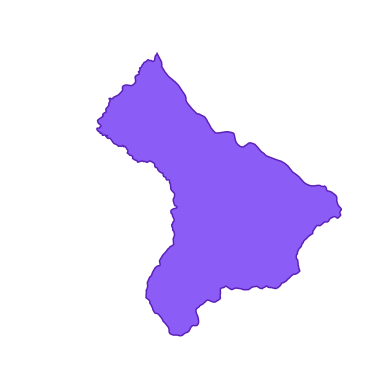 Olaya, Antioquia, Colombia, rotated 140°
{"feature_id": "7082276B51610426990427", "entity_name": "Olaya", "entity_type": "district", "adm_level": 2, "iso_a3": "COL", "parent_name": "Colombia", "parent_adm1": "Antioquia", "projection": "albers", "projection_center": [-75.768, 6.602], "detail": "fine", "context": "isolated", "style": "filled", "palette": "violet", "viewbox_px": 384, "rotation_deg": 140, "n_neighbors": 0, "source": "geoboundaries", "source_scale": "gbopen_adm2", "svg_char_len": 5979}
<svg xmlns="http://www.w3.org/2000/svg" viewBox="0 0 384 384"><g transform="rotate(140 192 192)"><path d="M298.2,123.0L297.0,121.5L296.3,120.3L296.3,115.8L296.7,113.0L297.2,111.5L296.9,109.2L297.0,104.0L297.4,102.6L298.1,101.1L298.9,100.3L299.7,99.0L299.9,97.8L299.1,95.8L298.2,94.4L295.4,92.0L294.8,91.3L294.4,90.5L293.0,89.1L291.9,88.6L291.3,88.4L289.0,88.5L287.8,88.3L286.8,88.0L286.0,87.5L283.6,87.4L279.8,89.1L277.6,89.3L277.1,89.2L276.6,88.8L276.3,88.3L274.7,87.0L273.7,86.6L271.9,87.0L270.9,87.8L269.9,88.9L268.4,91.2L267.6,92.9L266.7,95.9L266.0,97.6L264.6,99.2L263.6,99.7L260.4,99.5L259.0,99.9L255.8,99.2L250.4,99.5L249.5,99.2L248.7,98.2L246.9,94.7L245.4,93.0L243.8,92.6L239.9,92.1L239.4,92.1L238.4,92.5L237.1,94.6L235.3,96.1L234.5,97.2L232.7,99.3L232.1,99.6L230.7,99.4L229.2,98.4L227.0,98.2L226.3,97.7L225.0,93.0L224.2,91.6L220.5,90.5L219.7,89.8L216.4,86.1L215.8,84.7L214.7,83.4L211.3,80.8L207.6,80.5L206.2,80.1L203.5,78.4L202.6,77.8L202.5,76.7L201.5,74.1L200.2,72.8L198.6,72.8L197.7,72.4L196.1,72.2L195.1,71.9L195.0,70.6L194.8,70.0L194.0,68.9L193.2,68.5L190.3,64.6L189.5,64.0L187.7,63.5L185.0,63.5L183.4,63.9L182.1,64.4L181.4,64.4L180.3,63.8L179.5,63.6L177.1,63.3L174.3,63.6L172.0,63.6L170.4,63.9L168.0,63.9L166.6,63.4L165.5,62.6L164.4,62.2L162.6,62.0L160.4,62.1L160.0,62.5L159.3,64.6L157.5,68.0L157.0,68.6L154.8,71.9L154.8,73.6L154.1,74.9L153.3,76.0L152.8,76.4L152.0,76.7L151.0,76.9L149.6,78.4L148.2,78.9L146.6,79.7L144.1,79.9L143.2,80.2L141.2,81.4L140.4,81.7L139.7,81.6L138.2,82.5L137.7,82.6L136.6,82.8L134.0,82.7L133.2,83.0L131.1,83.1L128.5,82.9L126.3,82.6L126.0,82.8L125.1,83.9L124.5,84.3L118.2,86.1L117.6,85.9L115.6,83.9L114.1,83.8L110.8,83.9L109.9,83.8L109.0,83.4L107.5,82.0L106.2,81.9L104.6,82.6L102.8,82.9L101.8,82.5L99.6,82.1L98.3,81.3L98.0,80.8L97.5,78.6L97.1,78.3L94.9,78.3L93.1,78.6L92.5,79.8L92.3,80.7L92.0,81.2L91.2,81.9L89.1,82.4L88.4,83.4L88.6,86.8L88.3,88.7L86.8,92.2L84.7,94.6L84.1,96.0L84.2,97.9L85.2,102.3L86.4,104.5L87.6,105.7L87.6,106.9L86.6,108.8L86.4,109.8L86.5,111.2L87.2,111.4L87.9,111.8L89.5,113.7L89.8,114.8L90.5,115.5L91.8,116.5L95.1,118.6L96.7,120.1L97.6,121.3L98.7,123.3L99.7,125.7L100.1,127.9L100.3,134.9L100.7,137.4L102.1,142.8L101.8,150.1L102.4,153.8L103.9,158.2L106.2,161.8L111.7,171.6L112.1,173.5L112.1,175.1L113.0,178.6L113.0,184.4L113.2,188.0L113.5,188.7L114.8,191.0L115.8,192.3L116.5,192.7L117.2,193.0L120.5,193.1L121.8,193.4L123.6,193.4L124.9,194.6L125.6,195.7L126.0,196.7L126.4,199.2L126.3,201.4L125.7,203.3L122.5,209.4L122.5,210.5L123.9,212.8L126.0,215.3L127.0,216.1L134.4,220.6L135.6,221.9L136.1,222.8L136.3,225.1L136.2,228.7L135.1,233.9L135.0,235.4L134.4,237.4L134.0,240.8L134.2,241.9L136.5,247.2L137.9,248.7L138.5,255.3L138.5,259.2L138.4,263.1L138.2,264.7L137.4,266.6L136.4,267.6L135.2,270.0L134.9,272.0L134.7,274.6L133.8,282.4L134.1,286.8L135.7,295.7L135.5,301.9L134.4,308.0L133.3,308.8L131.7,311.4L129.7,320.6L130.8,320.1L132.6,319.8L134.5,318.4L135.5,317.3L136.6,316.8L137.6,316.9L138.0,317.1L138.8,319.0L140.0,320.0L140.5,321.3L140.8,321.6L141.8,321.7L143.5,321.4L144.7,321.9L145.6,322.0L146.9,321.5L148.3,321.3L150.7,320.2L152.3,320.6L152.8,320.2L152.8,319.7L152.9,319.3L153.4,318.9L154.5,318.3L155.6,318.6L155.9,318.2L155.9,317.1L156.2,316.6L157.2,316.4L159.1,317.0L161.0,317.0L161.9,316.4L163.4,313.9L164.5,312.6L165.4,312.2L167.4,312.0L168.3,312.0L170.1,312.4L173.1,315.8L174.2,316.7L176.1,317.4L176.7,317.4L177.7,317.1L178.5,316.4L179.0,315.3L179.8,314.7L180.4,314.4L182.4,314.0L186.3,313.7L191.1,314.9L192.1,314.8L192.9,314.5L193.6,315.0L194.5,316.4L195.2,316.8L195.6,316.7L195.7,316.3L195.7,315.2L196.3,314.4L198.5,313.5L200.1,311.8L202.1,311.3L203.8,311.2L204.6,310.9L205.2,310.3L206.3,308.5L209.6,309.1L209.9,308.7L210.8,308.5L211.1,308.1L211.1,307.5L211.5,307.2L217.6,307.7L218.7,307.2L219.5,305.0L219.5,304.2L219.2,303.6L219.1,301.6L219.2,301.1L219.6,300.7L220.9,301.0L221.6,300.6L222.0,300.6L223.5,301.8L223.9,301.8L224.3,301.5L224.8,300.4L224.7,298.7L224.1,297.2L224.5,296.4L224.5,295.9L224.3,295.6L223.7,295.4L223.4,294.8L224.1,293.0L223.5,292.4L221.8,291.6L221.7,290.7L222.2,290.0L222.2,289.7L220.8,289.5L222.0,288.5L222.2,287.9L222.0,287.2L220.9,286.4L220.3,285.7L220.3,283.1L220.6,281.1L220.6,279.3L219.1,276.4L218.9,274.2L218.5,273.9L217.9,273.8L216.9,272.5L216.4,272.1L215.1,272.2L214.9,271.7L215.2,271.2L215.2,270.7L214.9,270.3L214.2,270.1L214.0,269.6L213.9,268.2L214.3,267.1L214.3,265.1L215.4,264.0L216.3,263.7L216.5,263.1L216.0,261.6L216.1,260.4L214.8,258.6L214.8,256.9L216.0,255.8L215.2,253.9L215.2,253.1L214.6,252.6L214.2,251.6L214.1,250.8L214.4,250.1L214.4,249.8L214.0,249.4L211.9,248.7L210.0,247.6L209.4,246.2L208.6,245.8L208.2,245.4L207.6,243.8L205.5,243.1L204.8,243.1L204.2,242.6L203.5,241.5L203.3,240.5L202.6,238.9L202.7,237.4L203.8,235.9L204.2,234.7L204.1,234.2L203.3,233.1L203.2,232.7L204.0,230.2L203.7,228.0L203.1,226.2L202.3,225.3L202.2,225.1L202.4,224.6L203.4,223.2L203.7,222.4L203.5,221.5L202.7,220.2L202.8,219.7L203.6,218.4L203.6,217.4L201.9,216.2L201.8,215.5L202.0,215.0L203.0,213.9L203.6,211.7L206.4,207.7L206.6,206.0L206.4,202.5L206.6,201.6L207.1,201.0L207.8,200.5L208.7,199.4L210.4,198.9L211.0,198.5L212.1,197.2L213.9,192.8L213.1,191.0L213.2,190.2L213.5,189.9L214.4,189.8L216.4,190.8L218.1,191.3L219.7,191.4L220.4,191.0L221.6,189.2L221.6,188.5L221.3,187.9L222.4,185.9L223.1,183.0L223.7,181.8L224.2,181.5L225.8,181.2L226.8,180.5L228.6,179.9L229.4,178.8L230.1,176.6L231.3,175.2L231.2,173.5L231.4,173.0L231.9,172.4L232.2,171.3L233.2,170.2L234.9,169.0L236.0,168.6L236.6,168.1L239.8,163.6L241.5,163.6L243.9,164.2L245.3,163.8L247.4,163.8L249.2,163.2L255.0,162.4L259.9,160.7L261.0,160.2L261.9,159.1L262.7,157.3L263.2,156.6L264.3,156.6L265.6,157.3L266.6,157.6L268.4,157.6L269.3,157.5L273.6,155.9L277.0,154.0L278.8,154.0L280.0,153.6L284.5,151.3L286.6,148.2L288.9,146.6L290.5,146.0L290.9,145.0L291.3,144.5L291.7,144.3L295.2,140.5L294.4,137.3L294.4,136.2L294.6,135.4L295.8,133.8L295.9,131.9L296.9,128.3L297.8,126.4L298.2,123.0Z" fill="#8b5cf6" stroke="#5b21b6" stroke-width="1.5"/></g></svg>